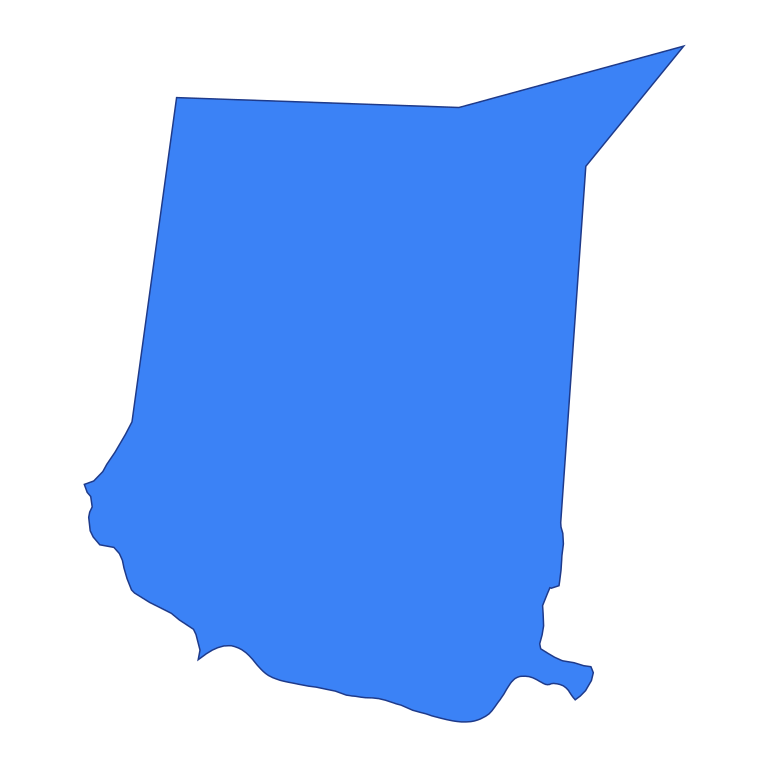 the district of Latille, Micoud, Saint Lucia
{"feature_id": "8701671B58191073405905", "entity_name": "Latille", "entity_type": "district", "adm_level": 2, "iso_a3": "LCA", "parent_name": "Saint Lucia", "parent_adm1": "Micoud", "projection": "mercator", "projection_center": [-60.916, 13.828], "detail": "fine", "context": "isolated", "style": "filled", "palette": "blue", "viewbox_px": 768, "rotation_deg": 0, "n_neighbors": 0, "source": "geoboundaries", "source_scale": "gbopen_adm2", "svg_char_len": 2628}
<svg xmlns="http://www.w3.org/2000/svg" viewBox="0 0 768 768"><path d="M575.2,699.8L580.3,696.0L585.6,690.6L587.6,687.1L591.4,680.6L591.8,679.0L593.3,672.7L592.1,669.6L590.9,666.7L583.7,665.7L574.0,662.7L563.2,660.9L562.4,660.7L561.1,660.2L554.7,657.3L547.9,653.3L540.7,648.8L539.7,643.8L542.1,634.9L543.6,625.9L543.3,618.2L543.1,613.5L542.6,605.6L547.4,593.6L549.9,587.7L550.5,587.9L551.3,588.2L559.0,585.7L559.6,581.5L561.0,570.3L561.7,559.7L561.9,555.8L563.4,543.9L563.0,536.7L562.8,533.3L561.0,527.0L560.7,522.7L585.8,166.3L683.7,46.1L472.2,103.9L458.9,107.5L176.6,97.6L132.0,421.8L125.5,434.3L114.9,452.4L106.8,464.3L102.8,471.6L93.7,481.0L84.3,484.4L87.2,492.4L90.7,496.5L92.2,506.9L89.7,512.1L88.7,517.3L90.2,530.8L93.2,537.0L99.8,544.8L113.9,547.4L119.4,553.6L122.4,560.3L124.0,568.1L127.0,578.5L131.5,589.9L134.5,593.0L149.6,602.4L171.3,613.3L179.4,620.0L193.5,629.3L196.0,634.5L200.0,650.1L198.2,659.7L204.8,654.9L206.1,653.9L212.3,650.1L217.7,647.7L221.5,646.6L224.1,645.9L225.4,645.9L228.6,645.7L231.3,645.7L234.7,646.6L238.5,648.0L241.8,649.7L246.1,652.8L249.1,655.6L250.5,657.1L252.8,659.6L253.8,660.9L257.4,665.3L259.6,667.7L260.9,669.1L263.2,671.4L264.7,672.7L265.8,673.6L268.5,675.5L271.3,676.9L272.6,677.6L273.2,677.8L275.8,678.8L280.1,680.3L282.9,681.0L285.5,681.6L288.8,682.3L291.5,682.8L297.0,683.9L297.8,684.1L301.0,684.7L304.7,685.4L308.3,686.1L312.9,686.7L316.1,687.1L326.0,689.2L335.3,691.1L338.6,692.3L346.3,695.1L349.9,695.6L352.1,696.0L353.7,696.1L355.6,696.3L361.1,697.2L362.1,697.3L365.5,697.7L372.6,697.9L377.7,698.5L378.3,698.5L385.4,700.2L390.2,701.8L394.2,703.1L396.1,703.8L401.0,705.1L406.7,707.6L412.8,710.3L414.0,710.6L420.4,712.4L422.8,713.0L425.9,713.8L429.2,714.9L431.7,715.8L435.8,716.9L437.1,717.2L438.5,717.6L442.0,718.5L443.3,718.8L446.6,719.6L452.5,720.8L455.0,721.2L457.2,721.5L461.3,721.9L466.3,721.9L468.0,721.8L470.9,721.6L474.2,721.0L475.6,720.6L477.6,720.0L480.3,719.0L480.9,718.7L485.7,716.2L489.1,713.8L491.9,710.8L492.8,709.6L494.9,706.8L498.2,702.1L500.3,699.4L500.7,698.7L503.8,694.2L506.6,689.3L508.5,686.3L510.6,683.1L511.1,682.5L511.8,681.6L512.5,681.0L513.1,680.3L514.8,678.7L517.0,677.5L517.7,677.2L519.7,676.5L521.1,676.3L525.5,676.2L526.0,676.3L529.0,676.6L532.9,677.8L533.7,678.2L536.8,679.7L538.5,680.7L539.3,681.2L541.4,682.3L542.1,682.7L543.3,683.4L545.6,684.4L546.5,684.5L547.6,684.7L548.7,684.5L549.4,684.5L551.3,683.7L553.6,683.4L555.9,683.7L557.1,683.8L557.9,684.0L560.0,684.5L563.3,685.8L566.2,688.0L568.6,690.6L569.4,692.0L569.9,692.7L570.8,694.1L571.6,695.3L573.2,697.5L574.8,699.3L575.2,699.8Z" fill="#3b82f6" stroke="#1e3a8a" stroke-width="1.5"/></svg>